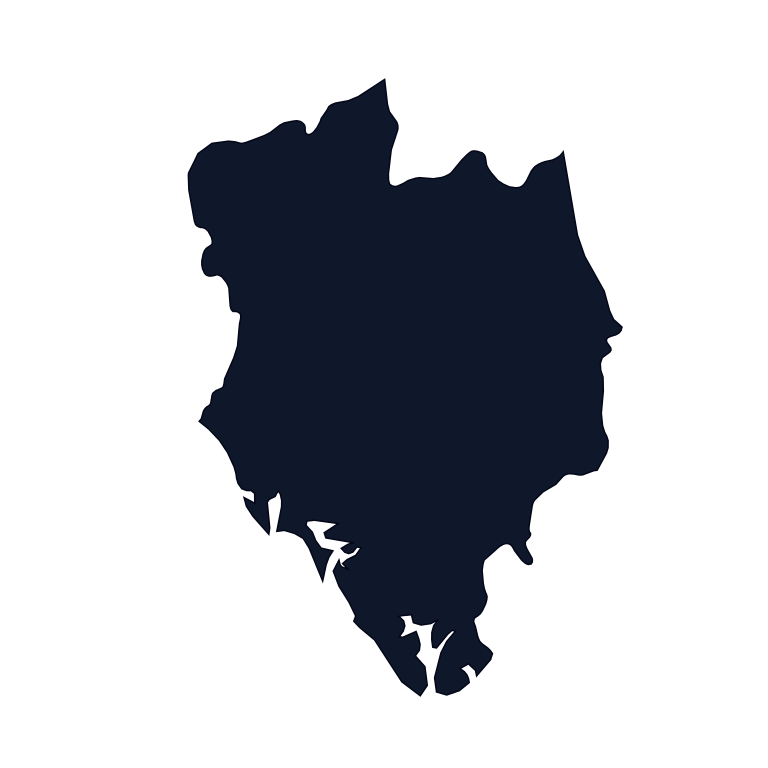 the Province of Chanthaburi, rotated 11°
{"feature_id": "THA-432", "entity_name": "Chanthaburi", "entity_type": "Province", "adm_level": 1, "iso_a3": "THA", "parent_name": "Thailand", "parent_adm1": "", "projection": "mercator", "projection_center": [102.12, 12.821], "detail": "fine", "context": "isolated", "style": "filled", "palette": "ink", "viewbox_px": 768, "rotation_deg": 11, "n_neighbors": 0, "source": "natural_earth", "source_scale": "10m", "svg_char_len": 4681}
<svg xmlns="http://www.w3.org/2000/svg" viewBox="0 0 768 768"><g transform="rotate(11 384 384)"><path d="M606.7,283.2L606.5,286.3L604.8,289.3L601.8,291.7L597.7,293.8L594.7,295.9L593.8,298.2L594.8,300.6L599.6,305.2L600.4,307.4L599.6,309.5L593.2,316.5L592.4,322.5L594.1,329.0L597.7,335.5L600.6,348.9L602.9,371.2L606.5,383.2L609.8,389.3L612.6,392.8L614.8,396.8L616.1,403.9L615.5,409.5L609.7,427.9L609.6,428.0L609.3,428.1L606.4,429.1L596.4,435.2L594.5,435.8L592.5,436.1L587.6,436.1L582.9,436.7L581.1,437.4L579.4,438.4L577.9,439.8L576.6,441.6L571.9,449.5L560.7,459.5L554.2,468.8L553.1,471.4L552.7,474.7L553.5,496.0L554.0,499.3L555.0,501.5L556.3,502.6L556.6,504.3L556.1,506.4L553.9,509.8L552.8,511.9L553.6,515.4L555.9,518.9L562.4,526.6L563.2,528.3L563.5,530.7L562.7,532.6L560.2,533.6L558.2,533.4L556.2,532.6L552.8,530.6L544.3,523.0L542.0,520.2L540.7,518.8L539.1,517.7L537.2,517.1L535.1,517.1L533.2,517.7L531.5,518.7L528.6,521.2L526.2,524.1L525.2,525.6L515.9,537.7L515.5,541.9L515.9,548.3L519.5,560.9L521.7,566.2L523.6,569.5L524.5,570.6L525.2,571.9L525.8,573.4L526.0,576.4L525.7,580.4L523.8,587.8L522.3,591.2L520.3,593.7L517.7,596.1L517.2,598.2L517.4,600.5L520.1,604.9L524.1,613.9L525.7,616.5L527.2,618.5L530.3,620.6L536.1,623.3L539.1,625.3L541.9,627.9L541.2,634.2L530.7,652.7L530.6,652.9L528.5,647.7L520.2,642.6L512.9,648.9L517.5,650.9L520.8,653.6L523.1,657.0L524.6,660.8L516.5,670.6L504.9,677.3L494.3,676.3L489.7,662.7L491.2,637.1L494.7,624.8L501.3,612.9L497.8,612.9L494.3,617.4L485.9,633.1L482.1,633.1L479.7,626.0L478.4,618.7L478.9,611.7L482.1,605.3L475.5,610.3L466.5,613.5L458.4,612.7L455.0,605.3L445.7,608.0L443.0,609.3L448.4,612.7L450.6,617.4L450.0,623.0L447.2,629.1L450.7,629.1L462.7,620.8L466.5,627.1L469.1,632.8L469.5,638.5L466.6,644.9L478.1,653.7L484.0,671.6L479.1,683.1L458.4,673.0L423.6,637.0L406.7,627.7L399.6,622.6L400.5,617.2L391.4,605.0L378.5,591.2L369.9,577.4L373.4,565.4L375.5,570.1L377.8,571.7L381.0,572.1L385.0,573.3L377.6,568.2L381.3,563.4L389.0,557.5L392.8,549.1L388.5,549.1L385.5,554.9L381.8,557.2L377.6,556.6L373.4,553.5L379.1,548.3L382.0,546.7L385.0,545.6L356.3,546.2L353.7,541.4L365.7,529.7L341.7,531.0L334.4,533.3L334.4,537.6L341.9,543.1L347.0,551.0L353.6,557.1L365.7,557.5L362.9,564.7L361.7,572.4L361.4,589.1L341.9,559.4L334.2,551.0L324.7,547.7L314.1,546.7L306.9,549.1L306.9,524.0L305.8,517.8L303.3,512.0L300.8,509.1L299.6,511.7L298.6,515.2L293.5,519.0L291.9,522.2L299.3,547.1L299.6,553.5L280.5,538.8L272.3,530.3L268.3,522.2L279.9,525.7L277.9,516.1L274.0,514.0L269.3,514.8L264.4,513.9L259.8,509.5L257.5,505.2L255.8,500.2L252.8,494.1L243.5,481.1L233.0,470.5L220.6,461.7L209.7,455.9L211.3,453.0L212.0,444.9L213.0,442.3L214.3,440.4L215.7,439.2L216.9,437.9L217.6,436.0L217.4,427.9L217.6,426.2L217.8,425.7L218.0,425.4L220.4,422.5L225.2,419.3L226.5,417.9L226.9,415.8L226.9,413.6L226.7,411.2L226.7,408.9L231.6,386.9L233.0,374.7L230.7,352.6L230.8,346.9L230.4,344.4L229.4,342.3L226.1,341.0L224.0,341.2L222.0,341.6L219.9,340.2L218.2,336.9L213.5,319.5L212.1,317.1L209.8,314.2L204.5,309.8L201.5,308.7L198.9,308.6L197.3,309.6L193.5,311.1L191.4,311.4L189.4,311.1L187.8,310.4L186.4,309.1L183.9,305.5L182.5,301.9L181.7,298.1L181.7,291.1L182.3,287.7L183.5,285.1L184.7,283.6L187.1,281.4L188.0,280.3L188.2,279.9L188.6,278.9L188.1,276.3L186.7,273.0L182.3,267.6L179.2,265.6L176.4,265.0L174.2,265.3L172.0,265.1L170.1,264.4L168.5,263.2L166.8,260.2L155.5,231.0L152.1,216.4L151.9,214.1L155.1,202.5L157.5,193.3L169.2,180.6L185.0,175.3L191.9,174.7L196.7,175.1L198.9,174.9L202.7,173.1L219.0,163.1L224.4,158.9L232.4,149.8L236.3,146.7L244.0,143.5L248.1,142.2L251.4,142.2L253.4,142.8L255.1,143.8L256.6,145.0L257.5,146.8L258.4,150.9L259.3,152.5L260.8,153.5L262.7,153.6L264.9,152.3L266.9,150.0L269.5,144.8L271.4,138.4L271.6,136.4L271.8,134.9L272.1,134.4L275.7,126.3L276.9,122.3L279.1,119.9L282.6,117.6L294.8,112.8L303.8,106.9L326.5,84.9L334.0,108.8L337.3,115.7L346.5,124.4L348.2,127.5L348.9,130.4L348.9,132.6L346.4,152.7L348.2,176.8L349.5,182.8L351.2,186.6L353.8,187.9L356.3,188.1L358.2,187.8L359.9,186.9L364.8,183.4L368.9,179.7L375.7,176.0L379.4,174.7L393.3,173.1L401.2,170.3L404.4,168.5L407.6,166.0L409.0,164.7L410.1,163.2L417.6,149.3L422.0,142.8L424.4,140.0L425.9,138.7L428.1,138.0L431.1,137.8L436.3,138.4L438.7,139.9L440.1,141.8L443.0,149.7L445.2,152.6L448.6,156.0L456.9,162.6L463.1,165.1L469.3,166.6L475.5,166.3L477.6,165.8L479.5,165.1L481.0,164.1L482.3,162.8L483.3,161.3L485.1,157.4L488.0,146.8L489.8,143.2L490.9,141.6L493.7,138.9L496.7,136.7L500.1,134.8L505.6,132.5L507.2,131.6L510.2,129.3L513.0,126.6L513.9,125.2L514.9,123.4L515.6,121.9L545.5,201.0L556.8,220.5L582.5,250.9L591.5,269.2L597.1,276.9L606.8,282.7L606.7,283.2Z" fill="#0f172a" stroke="#020617" stroke-width="1.5"/></g></svg>